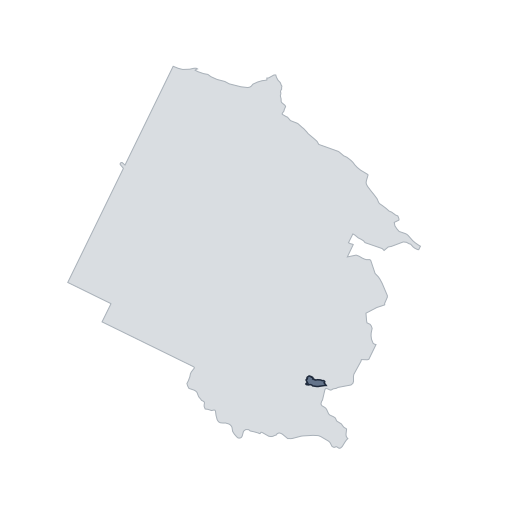 Al Firdous, Eastern Darfur, Sudan shown in context, rotated 296°
{"feature_id": "16777658B1174782743239", "entity_name": "Al Firdous", "entity_type": "district", "adm_level": 2, "iso_a3": "SDN", "parent_name": "Sudan", "parent_adm1": "Eastern Darfur", "projection": "natural_earth1", "projection_center": [25.904, 10.88], "detail": "fine", "context": "in_parent", "style": "filled", "palette": "slate", "viewbox_px": 512, "rotation_deg": 296, "n_neighbors": 0, "source": "geoboundaries", "source_scale": "gbopen_adm2", "svg_char_len": 5226}
<svg xmlns="http://www.w3.org/2000/svg" viewBox="0 0 512 512"><g transform="rotate(296 256 256)"><path d="M336.9,399.5L333.0,399.5L332.6,398.4L332.6,395.5L333.0,393.3L334.4,389.9L334.1,388.0L334.3,385.3L333.2,382.2L323.9,373.4L322.1,370.9L317.1,368.7L318.0,366.2L315.8,348.1L316.8,346.0L317.1,342.8L317.1,340.0L318.2,335.4L318.3,333.4L308.5,333.3L308.4,335.3L308.9,337.5L308.9,338.4L295.2,338.5L300.7,345.6L301.0,348.7L300.7,352.6L300.8,355.1L301.1,356.7L302.6,359.9L302.5,360.5L302.2,361.2L292.5,370.7L290.9,375.1L289.6,377.4L286.8,381.3L278.0,391.4L276.6,392.1L269.8,392.4L269.2,392.7L268.6,393.1L268.4,393.0L262.6,387.1L252.8,379.9L246.4,383.7L244.6,385.0L244.6,388.5L243.7,390.2L241.9,392.1L237.2,393.3L234.7,394.4L231.8,396.3L228.9,399.5L228.7,401.2L229.0,402.7L212.6,402.7L211.5,401.5L209.1,396.1L207.5,396.5L192.5,395.8L190.4,396.4L186.1,398.6L184.0,398.9L181.7,397.9L173.9,387.4L172.2,386.1L170.4,383.6L168.7,382.5L168.1,381.7L168.0,380.6L168.0,378.3L167.5,376.8L166.2,376.5L155.7,378.9L154.1,378.7L151.9,379.1L151.2,379.5L150.3,380.9L150.1,383.8L149.8,385.3L149.0,386.8L146.0,390.4L145.4,392.0L145.5,395.9L145.3,397.9L144.8,398.8L143.5,400.3L143.0,401.2L142.5,406.3L140.9,409.3L140.5,410.4L140.4,412.6L140.1,413.3L135.3,415.0L133.5,416.1L132.4,417.8L132.2,418.6L130.1,417.9L127.5,417.5L122.5,417.0L120.5,416.2L119.6,415.0L119.9,411.9L119.4,411.2L118.6,410.7L118.1,409.4L118.2,407.8L120.8,404.3L121.4,402.4L122.1,393.5L121.9,390.8L119.8,385.9L115.0,377.3L113.9,375.6L107.9,368.6L107.2,367.5L105.8,364.5L107.4,358.0L107.5,356.2L107.1,354.3L105.6,352.9L104.2,352.8L102.4,351.0L101.3,350.2L100.3,348.7L99.6,346.5L100.1,338.9L99.8,337.8L98.2,337.5L97.9,337.0L97.9,335.5L97.1,331.1L96.2,327.5L96.7,325.5L95.5,322.8L93.0,321.6L88.2,322.5L86.7,322.4L85.7,321.8L85.0,320.8L84.6,319.7L85.0,317.9L86.4,314.6L88.1,311.9L91.5,309.5L92.4,308.2L93.0,306.7L93.1,305.1L92.8,303.3L92.5,301.7L91.4,299.6L90.5,297.1L90.5,295.4L91.0,294.2L91.9,292.8L95.3,289.9L98.8,287.6L99.4,286.7L99.2,285.8L97.6,283.8L97.1,280.0L96.2,277.4L98.0,275.4L99.3,274.7L101.4,274.1L102.2,273.3L102.4,271.7L102.4,270.2L103.1,269.1L104.1,266.7L104.9,265.6L107.6,262.7L108.2,260.9L108.3,259.1L107.6,253.8L109.2,251.6L111.1,249.8L114.0,249.9L118.4,249.5L121.4,248.7L123.5,248.7L128.3,249.7L128.9,249.3L129.1,247.9L129.3,146.5L149.4,146.6L149.6,146.4L149.7,98.4L275.7,98.4L276.7,98.3L278.7,93.8L279.5,93.4L280.8,93.7L281.3,94.8L280.3,98.4L390.2,98.4L390.6,103.9L391.5,108.3L394.8,114.5L397.5,117.9L398.5,119.8L398.6,120.6L398.5,121.4L397.7,120.5L396.3,119.9L396.2,122.8L396.9,128.8L398.1,133.1L397.4,136.9L397.6,143.5L399.2,151.5L399.0,156.5L401.5,168.3L403.8,174.8L405.1,176.4L406.5,177.3L409.1,177.9L413.1,181.2L416.3,184.7L417.4,186.5L418.9,188.6L420.0,188.2L420.6,187.7L421.6,189.3L426.6,192.8L427.4,194.4L425.6,196.0L423.6,198.8L422.7,201.3L422.2,202.2L420.6,203.8L420.3,204.5L419.6,205.0L418.8,205.1L417.2,205.9L415.7,205.7L414.1,206.1L413.6,206.8L412.4,207.3L410.7,207.6L408.2,209.7L406.0,210.8L405.2,211.7L404.1,216.0L403.3,217.1L400.0,217.2L398.4,217.6L396.2,217.1L395.1,217.2L394.8,218.1L394.5,221.8L394.6,223.4L392.8,227.6L393.4,235.5L391.7,241.4L391.5,242.8L389.7,247.4L388.8,249.2L386.6,257.9L385.8,260.6L383.8,263.5L386.1,284.5L384.5,290.9L384.6,294.4L383.5,299.6L382.7,302.0L381.2,304.9L380.0,308.1L379.0,312.4L378.3,320.5L378.0,321.2L372.1,322.2L370.2,322.8L369.0,323.7L367.5,325.7L364.6,331.4L363.0,334.9L360.6,339.6L357.7,343.0L357.1,344.7L356.7,347.7L355.7,352.5L354.7,356.0L354.9,358.7L354.0,363.5L354.2,365.8L353.2,367.1L351.8,368.4L350.9,368.7L346.8,365.5L343.9,367.7L342.1,370.8L340.8,373.9L341.6,380.5L341.6,382.0L341.2,383.6L338.5,390.1L337.7,393.1L336.9,398.2L336.9,399.5Z" fill="#d9dde1" stroke="#a8b0b8" stroke-width="1"/><path d="M171.5,356.3L171.3,356.3L171.1,356.3L170.8,356.1L170.6,355.9L170.0,355.4L169.6,355.2L169.3,355.2L168.9,355.2L168.5,355.3L168.3,355.4L168.3,355.6L168.3,355.9L168.2,356.0L167.8,355.9L167.3,355.7L167.1,355.5L166.9,355.3L166.4,355.5L166.1,355.7L165.9,356.1L165.7,356.6L165.4,356.8L165.2,356.9L165.1,357.1L165.0,357.5L164.8,357.7L164.7,357.7L164.2,357.5L163.9,357.2L163.3,356.9L163.0,356.9L162.8,356.9L162.5,357.7L162.6,358.1L163.0,358.6L163.5,358.9L163.2,359.0L162.9,359.2L162.9,359.3L163.0,359.4L163.0,359.5L163.3,359.9L163.5,360.1L164.0,360.9L164.2,361.2L164.3,361.3L164.3,361.5L164.4,361.9L164.5,362.3L164.5,362.5L164.4,363.0L164.3,363.3L164.2,363.7L164.1,363.8L164.2,364.2L165.2,367.4L165.5,368.2L165.7,368.5L166.0,369.2L166.5,369.8L167.2,370.8L169.8,374.6L170.4,375.8L170.7,375.3L171.2,374.3L171.5,373.5L171.9,372.8L172.4,373.0L173.1,373.0L173.4,372.6L173.7,371.6L173.5,371.0L173.1,370.3L173.0,370.0L172.9,369.5L173.0,368.7L172.7,367.9L172.7,367.7L172.2,366.8L172.2,366.6L172.1,366.3L172.0,366.0L171.9,365.7L171.1,364.6L170.8,364.1L170.6,363.9L170.6,363.7L170.7,363.4L170.7,363.2L170.4,362.8L170.4,362.6L170.4,362.4L170.6,362.3L170.6,362.1L170.7,361.9L170.8,361.8L170.8,361.6L170.7,361.6L170.3,361.1L170.3,360.9L170.7,360.9L170.8,360.9L171.0,360.7L171.3,360.7L171.5,360.5L171.6,360.4L171.7,360.2L171.8,360.0L171.7,359.9L171.5,359.6L171.3,359.0L171.3,358.8L171.4,358.6L171.5,358.6L171.8,358.6L171.8,358.1L171.7,357.5L171.6,356.9L171.5,356.3Z" fill="#64748b" stroke="#1e293b" stroke-width="1.5"/></g></svg>